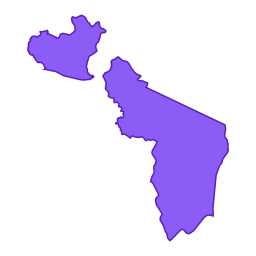 Ngatpang, Aimeliik, Palau (Mercator projection)
{"feature_id": "81905179B51358963868347", "entity_name": "Ngatpang", "entity_type": "district", "adm_level": 2, "iso_a3": "PLW", "parent_name": "Palau", "parent_adm1": "Aimeliik", "projection": "mercator", "projection_center": [134.507, 7.458], "detail": "fine", "context": "isolated", "style": "filled", "palette": "violet", "viewbox_px": 256, "rotation_deg": 0, "n_neighbors": 0, "source": "geoboundaries", "source_scale": "gbopen_adm2", "svg_char_len": 5419}
<svg xmlns="http://www.w3.org/2000/svg" viewBox="0 0 256 256"><path d="M121.8,134.3L123.6,134.3L124.4,134.0L126.6,135.3L130.3,138.1L131.6,136.4L132.1,136.1L132.8,136.0L134.4,136.8L137.6,137.3L140.0,137.3L141.9,136.6L144.4,138.7L145.1,140.0L146.2,140.6L148.2,139.3L150.2,140.4L153.4,139.6L154.7,140.4L156.9,141.6L156.4,143.6L152.6,150.3L152.1,151.6L152.0,153.1L152.4,154.2L155.6,159.3L156.0,160.3L156.0,161.8L155.6,163.1L154.3,165.5L154.0,166.3L153.7,168.1L154.2,170.7L154.2,171.8L153.9,173.0L152.3,176.0L151.7,177.5L150.6,181.7L152.7,182.8L158.3,193.8L158.7,195.5L156.0,198.2L155.5,200.7L156.5,204.8L162.2,214.1L160.3,217.3L160.2,220.2L162.2,223.3L163.4,225.6L165.5,231.8L166.6,233.1L167.8,238.2L169.7,240.6L171.2,239.7L180.6,230.0L182.0,229.2L183.1,229.7L184.2,230.3L185.3,231.9L187.0,233.4L189.2,233.7L193.5,230.9L204.1,217.5L206.5,215.6L209.3,215.0L212.8,215.8L213.0,216.0L213.3,214.5L212.9,208.5L216.1,175.2L219.5,165.7L221.5,163.4L222.2,161.8L222.3,160.2L223.2,158.4L226.9,153.4L227.8,152.0L228.2,150.3L227.9,147.2L228.0,143.9L227.0,139.5L225.0,137.4L224.4,136.2L224.9,134.4L225.1,131.4L225.6,129.4L225.0,124.9L146.1,87.4L145.9,87.2L146.7,86.6L147.4,84.5L147.7,83.9L147.5,83.0L147.3,82.7L145.5,82.3L143.5,81.2L142.6,80.9L139.4,80.7L138.5,80.5L137.5,79.5L137.7,79.0L138.9,78.2L138.9,77.9L140.7,76.6L140.8,75.9L140.6,75.6L138.8,75.1L136.1,73.7L134.2,71.9L131.3,67.9L128.9,63.7L127.6,62.0L125.5,61.1L123.4,60.8L122.0,60.1L120.6,59.0L118.8,57.2L118.1,57.0L116.9,57.5L115.4,58.9L114.0,59.6L113.7,59.5L112.8,59.9L111.9,60.4L111.3,61.2L111.3,61.9L111.5,62.2L111.2,62.5L111.5,63.9L111.8,64.1L111.3,64.9L111.8,66.1L111.1,67.1L111.1,67.8L110.6,68.8L110.3,69.1L110.3,69.5L110.0,70.3L109.3,71.0L107.7,71.6L106.9,72.3L105.0,72.9L104.3,74.2L103.5,74.9L103.1,75.8L103.2,76.6L105.8,81.9L106.2,82.8L106.1,84.5L105.4,87.9L105.6,89.1L107.6,91.2L108.6,92.7L108.7,93.8L108.3,96.0L108.6,96.5L109.4,97.2L111.2,97.9L113.0,98.0L113.7,98.2L114.0,99.5L114.0,100.8L114.1,102.3L114.7,102.7L116.6,102.2L117.2,102.3L117.9,102.7L118.9,104.0L119.0,105.8L118.5,105.9L118.5,106.4L118.9,106.7L121.3,107.6L121.8,108.3L121.6,109.7L120.9,110.4L120.7,110.9L121.1,111.2L123.2,111.4L123.9,112.0L123.8,112.6L123.2,113.3L123.0,114.0L123.6,116.4L123.4,116.9L122.7,117.7L122.0,117.8L121.0,116.9L120.4,117.7L118.7,117.8L118.3,118.0L117.8,118.5L117.3,119.6L117.6,121.3L117.6,122.0L117.0,122.6L115.8,122.9L115.6,123.2L115.6,123.6L116.0,123.8L117.5,123.9L118.2,124.2L118.5,124.6L118.7,126.2L119.1,126.9L120.4,127.6L120.3,130.1L121.3,130.8L121.7,131.3L121.6,133.6L121.8,134.3ZM93.5,77.0L92.9,76.7L93.1,76.6L93.3,76.1L93.1,75.6L92.6,75.5L92.5,75.8L92.1,75.8L92.0,76.2L92.3,76.7L91.7,77.3L91.6,76.6L91.2,75.8L90.3,75.3L90.3,75.1L89.8,74.9L89.7,74.7L88.9,74.6L88.8,74.4L89.0,74.2L88.9,73.8L88.6,73.8L88.6,73.5L88.3,73.6L87.4,72.0L87.4,70.4L86.9,68.1L86.4,66.9L86.2,66.8L86.2,66.4L86.6,65.1L86.9,64.9L86.9,63.1L87.5,62.1L87.6,60.9L87.8,60.7L87.8,60.0L88.5,58.7L88.7,56.9L89.9,55.8L90.6,55.3L91.7,54.9L93.5,53.6L94.0,53.5L95.3,52.1L95.5,52.1L95.6,51.9L96.9,51.2L96.6,50.5L96.8,50.0L95.7,48.0L95.7,47.7L96.0,46.7L95.7,45.1L96.0,44.8L97.2,42.8L98.5,41.7L98.8,41.2L98.8,40.1L99.1,39.8L99.2,39.5L99.1,39.4L99.6,38.7L99.8,37.6L99.6,37.4L99.6,37.1L99.8,37.0L100.0,36.6L100.3,35.1L100.6,34.2L101.0,33.7L101.6,33.3L101.6,33.1L101.8,32.9L102.1,32.9L102.4,32.6L103.0,32.4L103.5,32.7L104.6,32.4L104.8,32.6L105.1,32.4L105.2,32.1L105.4,32.0L105.5,31.8L105.4,30.7L105.6,30.7L105.1,30.0L102.9,28.6L102.6,28.8L102.3,28.8L102.2,28.7L101.0,28.2L100.7,27.8L100.5,27.2L100.3,27.1L99.8,26.1L99.3,24.3L99.5,24.3L99.4,23.7L99.5,23.5L99.3,22.6L98.7,21.8L98.3,21.8L97.0,22.6L96.5,22.6L96.2,22.8L95.6,23.5L95.4,23.7L94.4,25.1L93.6,25.7L92.8,26.0L92.7,26.2L92.3,26.4L92.1,26.8L90.4,25.3L90.0,24.3L89.3,23.1L87.5,21.8L86.3,19.3L86.0,19.2L85.9,18.2L84.9,17.6L84.7,17.1L84.1,16.6L82.5,15.6L82.2,15.4L81.3,15.4L80.9,15.8L79.3,16.1L78.8,16.5L77.1,17.4L77.0,17.6L73.6,17.4L72.5,16.8L71.7,18.1L71.8,18.7L71.6,19.3L72.0,20.2L72.0,21.2L72.2,22.0L72.5,22.3L72.6,22.7L73.3,23.5L75.0,26.4L75.1,26.9L74.9,27.8L75.2,28.4L75.2,29.7L74.5,31.6L73.9,31.8L72.3,33.3L71.6,33.5L71.1,34.3L70.9,34.5L69.0,34.9L68.2,34.6L67.1,34.7L66.2,33.9L65.3,34.0L63.8,33.5L62.7,33.4L62.3,33.5L62.1,33.8L60.5,34.1L60.5,34.3L59.9,35.1L60.0,35.7L59.7,36.4L59.4,36.8L58.4,38.0L58.3,39.0L58.2,38.6L57.8,38.2L56.5,38.3L56.5,37.6L55.8,37.0L55.5,37.0L54.2,36.5L53.4,36.1L52.9,35.7L52.3,35.4L51.5,35.5L50.7,34.8L49.3,34.3L48.6,33.8L48.0,33.9L48.0,34.1L47.7,34.3L47.2,33.3L47.7,32.7L47.6,32.2L48.0,32.0L47.4,30.5L45.5,31.0L40.5,32.0L40.4,31.6L40.1,31.7L40.7,33.7L40.7,34.5L40.5,34.9L40.1,35.4L39.8,35.5L39.5,35.4L38.1,36.4L37.5,37.0L37.0,36.9L36.6,37.0L35.9,36.4L34.8,36.2L33.1,36.2L32.2,36.6L31.6,37.2L31.7,37.5L31.3,38.0L30.8,38.1L30.6,38.6L30.3,38.6L30.1,39.3L30.4,39.7L30.6,40.3L30.2,41.3L30.0,41.2L29.7,41.2L29.2,41.9L28.8,42.6L28.8,43.1L28.3,44.0L28.3,44.9L28.8,45.6L28.8,46.0L28.7,46.2L28.3,46.8L28.1,47.6L28.2,48.4L27.9,48.9L27.8,50.1L28.6,51.6L28.8,51.8L29.3,51.8L29.4,52.1L29.0,52.2L29.0,52.6L29.7,54.0L30.9,54.7L31.9,55.0L32.4,54.7L33.0,55.5L33.6,55.8L33.5,56.6L33.8,57.2L35.0,58.4L35.4,59.3L36.2,60.7L37.5,62.2L38.7,62.6L39.0,62.5L39.2,62.2L40.8,62.6L41.5,62.4L42.6,63.6L43.1,63.8L43.4,64.2L43.9,64.5L44.0,65.9L44.2,66.0L44.5,66.9L44.9,67.4L45.2,68.1L45.5,68.1L45.5,68.3L45.0,68.5L44.9,68.7L45.1,69.2L44.8,69.3L55.7,71.5L64.0,75.8L80.0,79.6L83.1,80.0L90.0,79.4L93.5,77.0Z" fill="#8b5cf6" stroke="#5b21b6" stroke-width="1.5"/></svg>